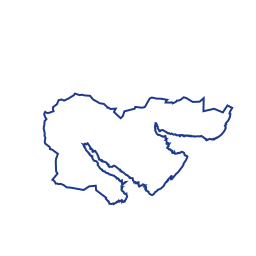 Vestnes nor, Møre og Romsdal, Norway, rotated 138°
{"feature_id": "86288312B24407924476588", "entity_name": "Vestnes nor", "entity_type": "district", "adm_level": 2, "iso_a3": "NOR", "parent_name": "Norway", "parent_adm1": "Møre og Romsdal", "projection": "orthographic", "projection_center": [6.983, 62.551], "detail": "fine", "context": "isolated", "style": "outline", "palette": "blue", "viewbox_px": 256, "rotation_deg": 138, "n_neighbors": 0, "source": "geoboundaries", "source_scale": "gbopen_adm2", "svg_char_len": 5760}
<svg xmlns="http://www.w3.org/2000/svg" viewBox="0 0 256 256"><g transform="rotate(138 128 128)"><path d="M192.5,84.2L191.3,82.7L190.0,82.1L189.8,81.5L189.5,81.5L189.6,81.1L186.2,80.3L186.3,80.6L184.9,80.5L184.5,80.0L183.5,80.2L183.7,79.3L183.2,79.2L183.2,78.9L180.8,78.6L180.7,77.8L181.5,77.1L181.1,77.1L181.1,76.3L179.9,75.7L179.9,76.0L177.6,76.3L174.4,77.7L173.7,79.5L173.2,80.2L173.8,80.3L173.8,80.8L174.3,81.0L174.5,82.6L174.0,83.3L174.0,84.1L174.4,84.7L174.4,85.9L173.9,86.7L173.4,86.8L173.5,87.1L172.7,87.3L172.5,87.9L172.2,87.9L172.5,88.1L172.2,88.7L171.3,89.4L170.1,89.5L165.9,89.4L166.3,89.7L170.4,89.7L169.3,90.5L169.3,91.3L169.0,91.3L167.6,93.2L169.3,93.6L169.5,95.2L169.1,95.6L169.4,96.1L169.1,96.7L169.3,97.6L170.2,98.0L169.8,99.5L170.4,101.0L170.2,101.8L171.3,103.3L171.4,103.9L172.0,104.4L172.3,105.5L172.9,106.0L173.1,108.0L174.0,108.6L174.3,109.4L174.3,111.1L174.6,111.1L175.3,112.5L175.2,113.5L175.5,113.5L175.3,115.1L175.7,115.8L175.7,117.6L175.3,119.4L175.3,120.9L174.1,121.5L173.8,123.1L173.8,124.3L174.2,125.2L175.0,126.0L175.1,127.7L174.5,130.0L173.3,130.9L174.0,132.5L174.3,132.5L174.4,133.5L174.3,134.3L173.7,134.7L174.1,136.2L173.9,136.6L174.0,139.5L173.4,141.0L173.2,143.2L172.9,143.2L173.0,143.5L172.5,144.2L172.5,145.0L172.1,145.0L172.1,145.5L171.6,144.7L170.8,144.6L171.0,145.1L170.6,145.1L170.6,144.6L169.8,144.3L169.8,143.8L168.6,143.8L168.6,143.2L168.3,143.2L169.0,138.4L170.0,138.0L169.7,137.0L169.1,137.1L168.9,135.4L170.2,134.3L170.1,133.7L168.6,133.5L168.6,133.2L167.7,132.9L168.5,128.4L168.8,128.1L168.8,127.6L169.5,125.8L169.8,125.8L169.9,124.8L170.2,124.1L170.6,123.9L169.5,122.5L169.9,122.5L169.8,121.3L169.3,121.3L169.1,119.7L168.6,119.7L167.3,117.1L167.3,116.3L167.6,115.4L167.5,115.0L167.0,115.0L166.9,114.0L167.6,113.8L168.0,112.5L167.9,111.6L167.4,111.7L165.9,109.7L163.9,109.6L163.1,108.2L162.3,103.7L162.4,102.9L161.9,102.3L162.1,101.8L161.8,101.9L161.9,99.5L161.6,99.5L161.3,98.3L160.7,94.1L160.0,93.3L160.1,92.1L159.8,91.2L160.1,90.4L159.7,90.2L160.0,89.4L158.2,87.7L158.3,87.1L159.4,85.8L159.4,83.8L159.8,83.4L158.5,82.7L158.3,81.5L158.9,81.4L158.5,81.0L158.7,80.8L158.5,81.0L158.1,80.5L156.6,80.9L156.4,80.6L157.8,79.2L157.9,78.6L158.6,78.2L158.8,76.9L158.1,76.8L158.1,76.4L157.9,76.8L156.9,76.6L155.6,75.8L154.6,76.1L153.9,74.8L154.4,73.9L154.0,73.7L154.6,73.6L154.0,73.1L154.3,72.9L154.1,72.8L154.3,72.8L154.1,72.6L154.1,72.1L155.0,71.0L155.4,71.1L155.4,70.7L155.8,70.8L155.7,70.5L156.4,69.9L156.5,69.4L155.5,67.5L155.5,66.6L155.9,66.3L156.0,64.6L155.3,62.5L154.9,62.0L153.3,61.6L150.3,62.3L149.4,61.8L147.4,62.1L144.1,61.0L140.5,61.0L136.9,62.2L135.3,62.4L135.6,62.1L134.6,62.0L133.2,62.3L133.2,62.6L134.1,62.7L127.1,63.4L130.1,61.5L130.3,61.0L129.2,60.7L123.1,61.7L120.4,61.6L112.6,63.1L111.3,63.6L110.9,64.2L105.9,65.5L102.9,67.0L103.0,68.2L103.7,68.9L103.8,69.8L103.6,69.8L103.9,69.9L103.7,70.4L103.5,70.2L103.8,70.5L103.0,71.8L103.1,72.7L103.4,73.0L103.8,74.3L105.5,74.7L107.0,75.6L107.0,75.3L109.0,76.5L110.0,77.4L109.9,78.0L110.1,77.5L110.3,77.7L110.1,78.1L110.4,77.9L110.8,78.8L110.5,79.1L111.6,79.7L111.7,80.0L111.2,80.9L110.5,80.9L110.2,81.4L111.1,82.4L111.1,82.7L110.8,83.1L110.8,83.6L111.8,85.2L111.6,85.8L111.8,85.6L111.8,86.0L112.2,86.8L111.7,87.4L110.3,87.4L110.4,87.7L108.1,88.5L108.4,88.6L108.4,88.9L108.1,89.0L108.2,89.8L109.8,90.1L109.9,90.6L108.7,91.6L107.5,93.6L107.8,93.9L107.0,94.0L107.6,94.4L106.4,95.9L106.3,95.6L105.6,97.1L107.9,98.1L107.9,98.9L108.4,99.4L109.2,101.5L110.2,102.7L110.4,103.7L110.3,103.9L110.4,104.7L109.3,108.2L108.8,108.3L107.7,110.3L104.3,113.2L104.0,113.0L104.2,111.3L105.8,110.4L104.9,109.4L105.2,108.7L106.1,108.0L106.3,105.7L106.8,104.9L106.7,104.4L105.9,104.1L105.4,104.4L103.6,103.4L102.8,100.7L102.1,99.4L102.2,98.7L102.0,97.6L101.6,96.9L101.1,96.9L100.4,95.0L99.2,94.7L98.8,92.9L97.2,91.6L97.1,91.1L96.8,91.1L96.7,90.1L96.3,89.5L94.4,88.2L94.2,87.6L94.9,87.6L94.9,87.1L94.2,87.1L94.1,87.6L93.4,87.4L92.5,86.2L92.2,86.2L92.2,85.0L91.8,85.0L91.9,84.7L91.5,84.0L90.5,84.1L90.1,83.4L89.3,83.1L89.1,82.6L88.8,82.6L88.4,81.7L88.0,81.7L87.6,80.7L87.3,80.7L87.2,80.2L86.8,80.2L86.7,79.9L86.4,79.9L86.4,79.4L84.7,78.0L84.7,77.5L81.0,74.6L80.3,73.7L79.1,73.2L79.2,72.9L78.8,72.7L78.2,71.3L78.1,69.6L77.4,67.8L77.5,67.3L77.3,67.0L77.9,67.0L77.8,66.2L74.6,65.3L73.7,63.8L73.4,63.8L72.9,63.0L72.1,62.9L72.1,62.6L71.7,62.6L71.7,62.1L71.2,62.1L71.2,61.8L68.9,61.7L68.9,61.3L66.7,60.8L62.9,60.6L58.8,61.2L55.3,62.6L55.0,63.4L54.5,63.8L54.5,64.8L52.7,65.0L52.7,65.5L52.4,65.5L52.2,66.0L48.5,66.5L45.1,67.9L42.5,69.9L42.9,70.9L40.9,72.0L37.1,73.2L39.0,78.2L47.1,76.1L51.1,84.6L60.7,90.0L51.8,99.5L57.1,99.6L62.4,104.0L64.7,111.4L66.0,113.5L70.2,113.8L72.6,114.9L73.2,115.6L74.9,115.4L78.3,116.4L78.1,117.5L78.3,117.8L79.5,118.5L83.0,121.8L81.6,122.6L80.0,122.7L83.8,127.6L86.9,130.5L89.9,134.7L92.1,135.4L101.5,132.3L104.0,133.7L108.5,138.8L110.2,137.9L119.5,142.8L123.9,140.3L126.9,140.2L127.7,149.3L124.1,150.6L128.3,153.8L128.8,156.0L129.7,156.7L129.4,157.2L129.8,162.0L132.5,165.4L134.9,172.8L134.6,177.2L138.8,181.7L140.0,183.6L141.9,184.7L144.4,189.1L146.3,188.6L153.2,189.9L157.1,191.1L158.2,193.5L160.9,195.1L165.0,193.2L169.7,193.7L171.0,192.4L172.1,190.3L176.6,192.1L178.0,193.3L178.7,194.6L178.8,195.4L180.6,194.7L181.7,193.2L182.4,191.0L182.6,189.2L185.5,188.9L187.4,186.9L190.9,184.2L193.1,180.3L194.1,179.0L195.1,178.3L196.1,175.8L198.7,173.9L199.8,172.3L199.9,171.5L198.9,166.2L200.1,164.5L198.9,162.9L197.4,155.7L202.3,153.1L204.3,151.2L210.4,143.9L210.9,141.3L218.8,140.1L218.4,138.9L218.3,137.4L218.9,135.0L217.7,134.1L217.3,132.9L215.4,131.5L214.1,128.9L213.2,124.8L210.8,122.4L202.4,111.6L195.9,110.6L190.6,106.7L193.3,103.1L190.9,90.7L191.8,90.3L191.8,86.4L191.6,86.4L191.7,85.7L192.5,84.2Z" fill="none" stroke="#1e3a8a" stroke-width="2"/></g></svg>